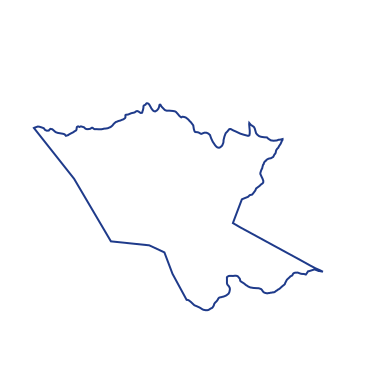 the district of Cacoa, Vieux Fort, Saint Lucia, rotated 330°
{"feature_id": "8701671B96967747537750", "entity_name": "Cacoa", "entity_type": "district", "adm_level": 2, "iso_a3": "LCA", "parent_name": "Saint Lucia", "parent_adm1": "Vieux Fort", "projection": "equal_earth", "projection_center": [-60.937, 13.779], "detail": "fine", "context": "isolated", "style": "outline", "palette": "blue", "viewbox_px": 384, "rotation_deg": 330, "n_neighbors": 0, "source": "geoboundaries", "source_scale": "gbopen_adm2", "svg_char_len": 5978}
<svg xmlns="http://www.w3.org/2000/svg" viewBox="0 0 384 384"><g transform="rotate(330 192 192)"><path d="M87.1,57.5L96.5,121.6L97.1,194.2L128.3,216.8L137.9,230.5L134.2,253.1L133.4,282.7L133.8,282.9L134.5,283.5L134.9,284.0L135.3,284.8L136.1,286.8L136.3,287.5L136.5,288.2L137.0,289.9L137.4,291.2L137.9,291.9L139.0,293.3L139.7,294.3L140.3,295.1L141.2,296.5L142.2,298.5L142.7,299.3L143.1,299.8L143.6,300.2L144.6,301.1L144.9,301.3L145.9,301.9L146.4,302.1L147.0,302.3L148.4,302.4L149.1,302.3L150.4,302.3L151.0,302.4L151.7,302.4L152.2,302.2L153.2,301.7L154.1,301.2L155.2,300.1L156.6,299.4L158.3,299.0L158.7,298.9L159.4,298.6L159.9,298.4L161.0,297.8L161.2,297.6L162.1,297.2L162.7,297.1L163.7,297.3L165.0,297.8L165.7,297.9L166.3,298.1L166.8,298.3L168.7,298.6L170.0,298.7L170.9,298.6L171.5,298.5L172.3,298.4L172.9,298.3L173.5,297.9L173.9,297.6L174.5,297.2L174.9,296.7L175.9,295.6L176.2,295.1L176.5,294.5L176.7,294.0L176.8,292.6L176.8,292.0L176.5,290.8L176.4,290.0L176.4,289.6L176.5,289.1L176.7,288.4L179.0,284.4L179.4,283.6L179.7,283.3L180.1,283.1L180.4,283.1L181.3,283.1L181.7,283.1L182.0,283.2L182.4,283.3L182.8,283.6L183.6,284.0L184.1,284.3L185.5,285.2L187.4,286.0L187.9,286.3L188.8,287.0L189.2,287.5L189.5,287.9L189.6,288.5L190.0,290.7L190.0,291.2L189.8,291.9L189.6,292.2L189.5,292.8L189.4,293.3L189.6,293.9L190.0,294.7L190.7,296.0L191.1,296.8L191.5,297.6L192.0,299.1L192.4,300.0L192.8,300.6L193.2,301.5L193.5,302.1L194.7,303.7L195.1,304.1L195.8,304.6L196.7,305.4L197.5,306.0L200.2,307.8L201.1,308.3L201.7,308.8L202.1,309.2L203.2,310.5L203.4,310.9L203.6,311.9L203.7,313.4L203.8,314.1L204.0,314.7L204.3,315.2L205.0,316.1L205.5,316.5L206.0,317.0L206.5,317.4L207.0,317.6L207.4,317.6L207.7,317.8L208.1,318.0L208.8,318.3L209.4,318.4L210.0,318.6L210.5,318.9L211.0,319.1L211.5,319.2L212.1,319.4L212.6,319.8L213.3,319.9L214.3,319.9L215.2,319.7L216.7,319.7L217.5,319.5L218.3,319.6L219.8,319.5L220.6,319.3L221.5,319.1L223.4,318.7L224.2,318.6L225.6,318.4L226.3,318.2L226.9,317.7L227.6,317.1L228.2,316.8L228.6,316.5L229.7,315.8L230.2,315.5L230.8,315.3L231.7,315.1L234.0,314.6L234.8,314.3L235.8,314.3L237.1,314.4L237.5,314.1L238.6,313.4L239.2,313.2L239.7,313.2L240.5,313.3L241.1,313.5L241.6,313.8L242.8,314.4L243.3,314.7L245.1,316.9L246.1,317.8L248.0,319.0L249.3,320.4L250.5,319.9L252.9,318.7L253.9,319.1L259.4,320.3L261.4,322.7L262.1,323.7L262.9,324.2L265.5,326.5L263.6,323.6L260.7,319.7L258.9,316.8L257.8,315.1L252.1,305.6L216.2,246.9L211.9,239.4L213.9,237.7L231.5,223.3L232.6,223.4L234.8,223.7L238.1,224.2L240.4,223.6L242.8,224.3L244.4,223.7L247.5,222.4L249.3,221.0L253.6,220.5L255.4,220.0L257.5,219.8L258.4,219.4L259.3,218.1L259.8,215.4L259.8,214.6L260.2,210.5L260.8,209.6L262.3,208.2L263.8,207.0L264.4,206.8L265.5,205.6L267.1,204.0L268.0,203.7L268.6,203.0L270.2,202.0L271.5,201.9L272.6,201.4L274.8,201.4L275.9,201.7L276.6,202.0L277.3,202.2L279.9,202.2L282.2,200.7L283.3,200.4L284.2,199.7L284.8,199.0L285.7,198.0L287.5,197.1L288.9,196.8L289.5,196.3L290.5,195.7L292.4,194.8L293.1,194.4L295.8,192.4L296.5,192.1L296.9,191.4L294.7,190.8L293.0,190.0L291.3,189.8L288.3,188.4L286.1,186.7L284.7,184.0L284.2,182.2L281.9,180.7L280.0,179.2L279.1,178.4L278.0,177.1L277.2,175.0L276.9,173.2L277.1,172.3L278.1,168.3L278.1,166.5L277.3,164.8L276.5,163.3L276.1,160.9L275.5,161.7L274.2,164.4L272.6,167.9L271.1,170.4L270.0,171.6L269.4,171.6L268.6,171.4L265.3,168.1L263.0,165.6L259.9,161.1L258.6,159.4L257.0,156.8L255.8,156.2L254.1,156.8L252.8,157.3L250.6,157.9L247.9,160.1L245.3,162.8L244.2,164.5L243.3,165.4L241.3,166.9L238.9,167.4L237.5,167.2L236.3,166.1L235.8,165.0L235.4,163.2L235.1,158.8L235.4,155.3L235.8,152.9L236.1,151.8L235.4,149.6L234.2,147.9L232.5,146.9L231.1,146.6L229.3,146.4L228.7,145.9L227.4,143.7L226.3,142.7L225.3,142.1L224.6,141.3L224.6,140.4L225.1,138.3L226.4,134.9L225.9,130.9L225.5,129.7L225.1,127.6L224.7,126.4L223.8,124.3L222.6,123.0L221.3,122.0L220.0,122.0L219.5,120.9L219.3,120.2L219.1,119.7L218.8,117.8L218.7,117.1L218.5,116.4L218.4,115.7L218.3,115.4L218.2,114.8L217.8,114.0L217.5,113.6L216.6,112.8L216.2,112.5L215.6,112.0L214.4,111.2L213.6,110.6L212.5,109.9L211.0,109.1L210.6,108.8L210.2,108.3L209.8,107.9L209.4,107.2L208.4,103.2L208.3,102.4L208.3,101.1L208.3,100.6L208.0,100.3L207.6,100.3L207.1,100.5L206.8,101.1L206.6,101.3L205.5,102.3L204.4,103.1L203.8,103.3L203.0,103.6L202.3,103.8L201.9,103.8L201.5,103.8L201.3,103.8L200.9,103.8L200.4,103.8L200.0,103.5L199.7,103.2L199.4,102.8L199.2,102.4L198.9,101.7L198.8,100.7L198.7,100.0L198.6,99.3L198.7,97.8L198.7,97.0L198.7,96.1L198.7,95.0L198.6,94.4L198.5,94.1L198.2,93.4L198.0,93.2L197.4,92.6L197.0,92.5L196.4,92.6L195.4,93.1L194.6,93.1L193.8,93.0L193.0,93.3L192.8,93.5L192.5,94.1L191.5,95.4L191.0,95.9L190.4,96.6L189.9,97.0L189.3,97.5L188.9,98.0L188.5,98.3L188.3,98.4L187.2,98.0L186.9,97.6L186.6,97.0L186.3,96.4L186.1,95.9L185.8,95.4L185.4,94.9L185.0,94.5L184.4,94.3L183.9,94.2L183.0,94.3L182.4,94.4L181.2,94.2L180.7,94.0L180.1,93.8L179.5,93.6L178.3,93.3L177.7,93.3L176.9,93.1L176.2,93.1L175.7,93.0L175.0,92.8L173.5,92.1L173.1,92.1L172.7,92.2L171.8,93.9L171.2,94.4L171.0,94.5L169.7,94.7L168.5,94.7L167.1,94.4L165.7,94.3L164.4,93.9L163.6,93.7L162.4,93.6L160.9,93.3L160.0,93.5L159.3,93.6L158.7,93.8L158.2,93.9L157.9,94.0L156.5,94.6L155.1,94.9L154.5,94.9L153.9,95.1L153.5,95.0L152.9,94.8L152.3,94.8L151.8,94.8L150.8,94.6L149.0,93.9L147.8,93.3L147.0,93.0L146.3,92.9L145.7,92.6L144.9,92.4L144.4,92.1L142.7,91.1L141.0,90.0L140.5,89.7L140.2,89.5L139.6,89.2L139.2,89.0L138.7,88.4L138.4,87.9L138.2,87.2L137.9,86.6L137.5,86.3L136.8,86.3L136.3,86.3L135.8,86.4L135.2,86.3L134.7,86.1L133.9,85.8L132.9,85.3L132.4,85.0L132.1,84.7L131.6,84.2L131.3,83.7L130.8,81.9L128.6,79.6L127.0,79.4L126.4,78.4L125.7,78.1L124.8,78.2L124.1,78.9L123.2,80.2L122.4,80.7L120.1,80.7L119.4,80.9L116.0,80.7L113.2,80.7L113.1,80.8L110.9,80.3L110.5,78.3L109.4,77.1L105.2,73.6L103.8,71.9L102.4,67.8L100.9,66.5L99.3,66.9L98.6,67.2L96.8,66.2L95.8,64.8L95.5,62.6L94.0,60.8L92.5,59.2L91.2,58.2L89.6,57.9L87.5,57.5L87.1,57.5Z" fill="none" stroke="#1e3a8a" stroke-width="2"/></g></svg>